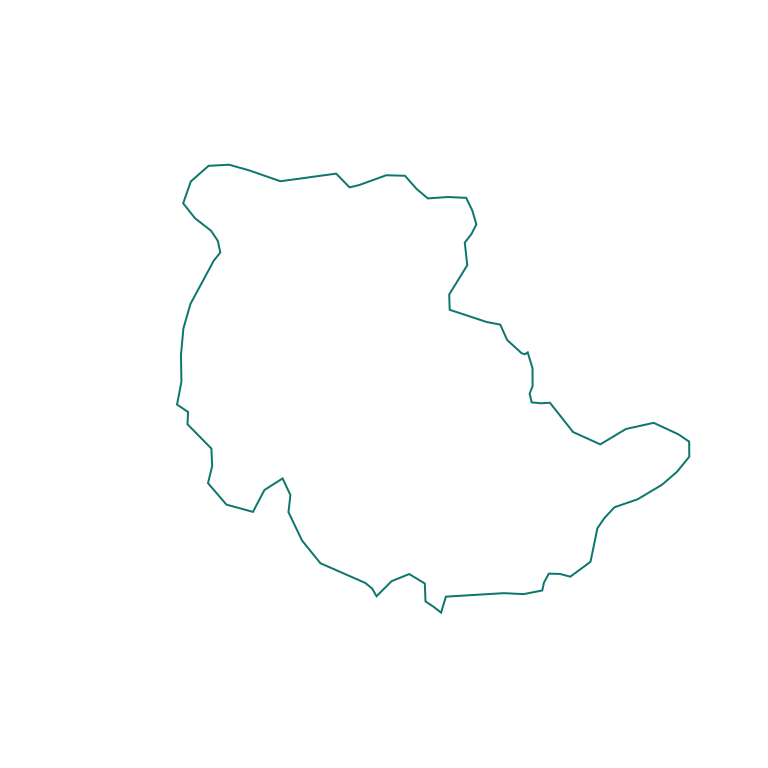 the border of Kægalla, rotated 311°
{"feature_id": "LKA-2469", "entity_name": "Kægalla", "entity_type": "District", "adm_level": 1, "iso_a3": "LKA", "parent_name": "Sri Lanka", "parent_adm1": "", "projection": "mercator", "projection_center": [80.358, 7.113], "detail": "fine", "context": "isolated", "style": "outline", "palette": "teal", "viewbox_px": 768, "rotation_deg": 311, "n_neighbors": 0, "source": "natural_earth", "source_scale": "10m", "svg_char_len": 1234}
<svg xmlns="http://www.w3.org/2000/svg" viewBox="0 0 768 768"><g transform="rotate(311 384 384)"><path d="M332.0,638.9L317.0,627.2L304.8,611.7L264.1,570.2L248.9,577.1L248.4,567.5L247.1,558.0L260.2,545.7L257.1,527.7L240.2,519.1L218.9,517.6L221.8,509.5L221.6,500.5L207.0,453.6L212.1,424.8L224.6,396.0L238.8,386.2L246.2,369.4L225.5,363.3L201.5,369.0L189.6,344.2L193.7,316.2L209.3,308.2L222.0,296.1L224.7,262.1L234.3,254.5L232.7,241.3L252.7,229.7L272.9,211.6L294.4,196.1L317.5,185.4L365.4,174.6L375.9,174.2L383.0,164.6L386.2,153.0L385.1,132.7L388.6,113.9L410.2,105.3L433.6,108.5L447.9,123.3L456.9,142.4L469.0,172.7L511.4,209.9L509.8,229.0L518.1,234.9L543.0,248.7L554.9,263.2L552.6,280.8L552.8,295.3L567.0,309.5L578.4,323.9L572.8,336.9L565.1,349.0L554.5,351.6L543.7,352.2L528.3,368.9L494.3,374.5L483.1,384.9L498.0,420.5L505.1,432.8L498.0,448.0L497.5,467.6L498.8,470.8L502.1,471.7L493.4,485.7L479.8,497.6L472.3,500.2L467.0,507.5L472.4,515.1L478.7,521.5L471.8,558.2L480.3,586.8L508.8,596.1L531.6,613.0L539.1,638.9L540.7,652.1L529.4,662.1L509.9,662.7L490.4,659.9L463.3,651.0L442.2,638.8L427.4,638.3L415.1,639.7L385.3,656.5L360.8,651.0L356.1,641.4L349.0,632.8L339.1,635.0L332.0,638.9Z" fill="none" stroke="#0f766e" stroke-width="2"/></g></svg>